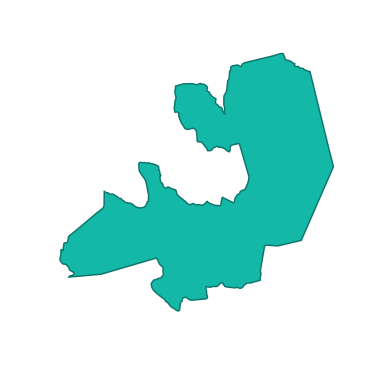 SVG path tracing the border of Salta, rotated 345°
{"feature_id": "ARG-1303", "entity_name": "Salta", "entity_type": "Province", "adm_level": 1, "iso_a3": "ARG", "parent_name": "Argentina", "parent_adm1": "", "projection": "orthographic", "projection_center": [-65.55, -24.191], "detail": "fine", "context": "isolated", "style": "filled", "palette": "teal", "viewbox_px": 384, "rotation_deg": 345, "n_neighbors": 0, "source": "natural_earth", "source_scale": "10m", "svg_char_len": 6051}
<svg xmlns="http://www.w3.org/2000/svg" viewBox="0 0 384 384"><g transform="rotate(345 192 192)"><path d="M103.5,182.5L107.4,168.8L108.9,170.3L110.7,171.1L111.9,172.6L112.4,173.0L113.3,173.2L114.3,173.3L114.9,173.5L115.5,173.9L117.1,175.8L119.2,177.8L119.8,179.3L120.2,179.6L121.1,179.7L121.7,179.9L121.9,180.3L122.2,181.2L122.4,181.6L124.0,183.2L125.1,184.8L125.9,185.3L129.6,186.9L130.0,187.2L131.7,188.9L133.4,191.3L134.4,192.2L135.9,193.1L137.7,193.9L139.4,194.3L142.3,194.1L143.9,193.3L146.3,189.9L146.6,189.7L147.4,189.5L147.7,189.2L148.0,188.5L148.2,187.0L148.8,185.3L149.2,184.8L149.3,184.1L149.4,182.7L149.4,180.7L149.9,175.4L150.1,170.9L149.9,168.0L149.5,166.6L148.0,163.1L147.9,162.4L146.8,159.5L146.7,159.0L146.6,157.6L146.8,156.3L147.9,151.1L148.3,150.4L148.8,150.0L149.1,149.9L150.2,150.1L152.3,151.1L153.6,151.1L155.0,152.2L155.7,152.5L157.1,152.4L157.6,152.6L164.3,156.5L165.9,158.3L166.2,158.7L166.2,159.1L165.9,161.4L165.9,162.4L166.1,164.9L165.6,165.9L165.7,166.3L166.2,167.4L166.2,167.7L165.2,169.0L164.6,170.2L164.4,174.2L164.5,174.8L164.8,175.0L165.2,175.1L165.4,176.0L166.0,177.0L165.5,178.3L165.6,179.0L167.3,181.4L167.5,181.6L168.3,181.7L168.8,181.5L169.3,180.9L170.2,180.9L171.2,181.6L173.4,183.8L175.9,185.1L176.8,185.8L177.0,187.7L176.8,189.8L177.2,190.8L178.7,193.5L183.4,199.8L184.3,201.5L184.8,202.4L185.1,202.6L187.1,203.8L187.5,204.0L188.3,203.7L189.0,203.3L189.8,203.3L190.7,203.8L192.2,205.3L193.3,205.7L194.4,205.7L195.2,205.9L197.3,206.9L199.2,207.4L200.9,206.9L202.0,206.3L203.9,205.0L204.3,205.0L204.5,205.3L205.0,206.5L209.0,209.7L210.5,210.7L214.9,212.3L215.5,212.4L216.1,212.4L216.5,212.1L218.6,207.1L219.9,205.1L220.4,205.3L229.2,213.2L229.6,213.3L230.0,213.1L230.5,212.5L231.2,210.6L231.7,209.6L232.4,208.8L234.9,206.5L237.5,205.8L237.8,205.6L238.5,204.4L238.9,203.9L239.8,203.7L240.7,203.6L241.7,203.4L243.2,203.4L243.7,203.2L244.4,202.6L245.7,201.2L248.5,197.4L250.1,194.5L250.9,192.2L251.0,191.6L250.3,158.9L250.2,158.1L249.9,157.5L248.4,157.1L242.6,157.0L241.6,157.2L240.1,159.2L239.7,161.4L239.3,162.0L238.3,162.8L237.1,161.9L234.6,158.6L232.8,157.0L231.4,156.2L229.2,155.6L228.0,154.3L227.2,154.3L226.3,154.6L223.9,154.9L222.2,156.4L221.7,156.7L220.7,156.8L219.4,156.5L218.3,156.4L218.0,156.3L217.8,156.0L217.7,155.5L217.5,153.5L217.3,153.0L215.7,149.8L215.2,148.3L214.4,146.8L213.9,146.3L212.4,145.6L211.0,145.2L210.5,144.7L210.2,143.9L210.3,143.4L211.3,139.4L211.9,135.0L211.9,133.7L211.6,132.9L211.1,132.1L210.4,131.3L209.6,130.7L208.3,130.6L204.3,130.5L203.7,130.4L203.3,130.1L202.3,129.4L201.6,128.6L201.3,128.0L200.4,124.6L199.7,123.2L199.1,118.4L198.9,117.5L198.9,115.0L199.1,114.2L199.9,112.8L199.7,112.3L198.1,110.8L197.7,110.6L197.0,110.7L196.5,110.7L196.1,110.2L196.5,107.9L196.4,106.8L196.7,105.9L197.7,103.9L198.2,102.3L199.5,99.2L201.0,96.9L201.1,96.6L201.2,93.2L201.3,91.7L202.1,88.9L203.1,87.1L203.4,86.5L203.5,85.4L211.5,85.3L220.3,87.4L223.6,89.3L225.4,89.8L227.1,89.2L228.5,89.5L229.4,90.2L230.4,90.8L231.4,91.0L231.8,91.3L233.5,93.5L233.9,94.5L233.9,95.3L233.6,96.0L233.0,96.7L232.5,97.9L233.1,98.8L234.7,100.1L234.8,100.6L234.4,101.6L234.4,102.1L234.6,102.5L235.5,103.1L235.6,103.4L235.9,104.5L236.6,105.5L239.2,108.1L239.1,108.8L238.3,109.8L238.2,110.4L237.8,112.4L237.9,113.2L239.1,114.0L240.3,116.7L240.9,117.1L241.9,117.6L242.5,118.8L242.6,120.1L242.3,121.3L242.8,122.1L243.0,124.4L243.9,124.9L243.8,124.2L244.9,120.3L245.3,119.3L245.4,115.7L247.5,108.1L248.2,106.9L250.6,104.6L251.8,102.9L255.3,93.8L255.7,93.4L256.6,92.9L257.0,92.4L258.5,88.6L259.3,85.8L259.7,85.0L260.6,84.5L261.0,84.1L261.8,81.3L262.7,80.9L263.9,80.6L268.3,81.0L269.3,81.4L271.2,83.2L271.7,83.5L273.9,81.5L274.7,81.1L276.5,80.8L306.1,81.5L313.1,81.2L315.8,81.8L316.2,84.2L316.1,85.1L316.4,85.8L316.3,87.4L316.7,88.3L317.3,89.0L319.5,90.1L321.5,91.6L322.1,92.2L322.4,93.5L323.3,93.8L324.0,94.3L324.3,94.7L323.9,94.7L324.2,95.4L324.0,95.9L323.7,96.4L323.6,96.8L323.9,97.3L324.5,97.6L326.8,98.2L327.6,98.9L328.7,100.4L331.1,101.3L331.5,101.7L331.8,102.5L332.6,103.3L335.8,105.6L337.1,106.0L335.3,189.8L335.2,204.1L299.4,249.0L285.0,267.0L261.0,266.3L250.5,262.7L248.8,262.5L247.8,263.7L237.9,285.1L237.6,286.0L237.5,288.7L237.1,289.7L235.4,292.9L235.0,294.9L225.4,295.0L224.7,295.0L222.2,294.3L220.8,294.6L218.5,295.4L218.0,295.6L217.1,296.5L216.1,297.2L215.0,297.5L214.1,297.5L213.1,297.2L211.6,296.4L210.8,295.8L210.0,295.6L208.8,295.8L200.1,292.3L199.4,291.8L199.1,291.2L198.4,289.2L197.8,287.9L197.3,287.4L196.2,287.5L194.9,288.1L192.4,289.5L191.5,289.6L187.0,288.6L185.3,288.7L183.0,288.0L181.8,287.4L181.3,287.3L180.8,287.7L180.5,288.4L180.3,292.2L180.0,293.2L179.7,294.3L179.9,296.7L179.8,297.3L179.3,298.3L178.8,298.7L178.6,298.8L177.0,298.7L163.6,296.4L161.6,295.4L160.5,294.1L159.5,292.6L158.9,292.2L157.3,291.9L156.5,292.0L155.8,292.3L155.3,292.6L154.9,293.1L154.1,294.9L152.8,295.5L152.3,296.1L151.8,297.0L149.6,302.5L148.8,303.2L148.2,303.4L147.9,303.3L146.9,302.8L145.6,301.3L142.6,298.0L141.7,296.9L140.0,292.7L138.8,291.4L138.4,290.8L137.7,288.6L134.0,284.0L130.2,278.4L129.3,276.6L128.6,274.2L128.6,272.2L128.7,270.9L128.9,270.1L129.4,269.4L130.7,268.4L131.8,267.4L132.3,267.2L135.2,267.2L137.1,266.8L139.0,266.9L139.8,266.8L140.2,266.6L142.4,264.9L143.1,264.1L143.2,263.8L143.3,263.4L143.2,262.2L144.3,258.2L144.4,257.2L144.1,256.5L143.6,255.7L142.8,254.7L142.0,253.5L141.8,252.7L141.2,248.4L140.5,247.1L140.1,246.7L139.7,246.6L138.2,246.6L82.9,247.9L51.1,242.3L51.3,242.1L52.1,241.5L52.8,241.5L53.6,241.6L54.6,241.6L55.6,241.4L56.5,241.0L57.0,240.3L57.0,239.3L56.0,238.0L54.5,236.7L53.4,235.2L53.5,233.3L53.6,232.8L53.5,232.4L52.8,231.5L52.1,230.9L52.1,230.4L52.3,230.2L51.9,229.4L51.6,229.0L51.1,228.9L50.2,228.9L48.7,228.0L48.3,227.5L47.0,224.5L46.9,223.6L47.2,222.5L49.4,217.7L49.9,215.9L50.2,214.5L50.5,213.9L51.2,213.8L52.1,215.0L52.6,215.3L52.9,214.3L53.2,212.7L54.9,208.7L55.8,208.2L57.4,208.6L58.2,208.5L58.8,207.9L60.5,205.1L60.9,203.7L61.1,203.3L61.9,202.7L72.6,197.9L95.6,187.1L100.2,185.3L102.5,184.0L103.5,182.5Z" fill="#14b8a6" stroke="#0f766e" stroke-width="1.5"/></g></svg>